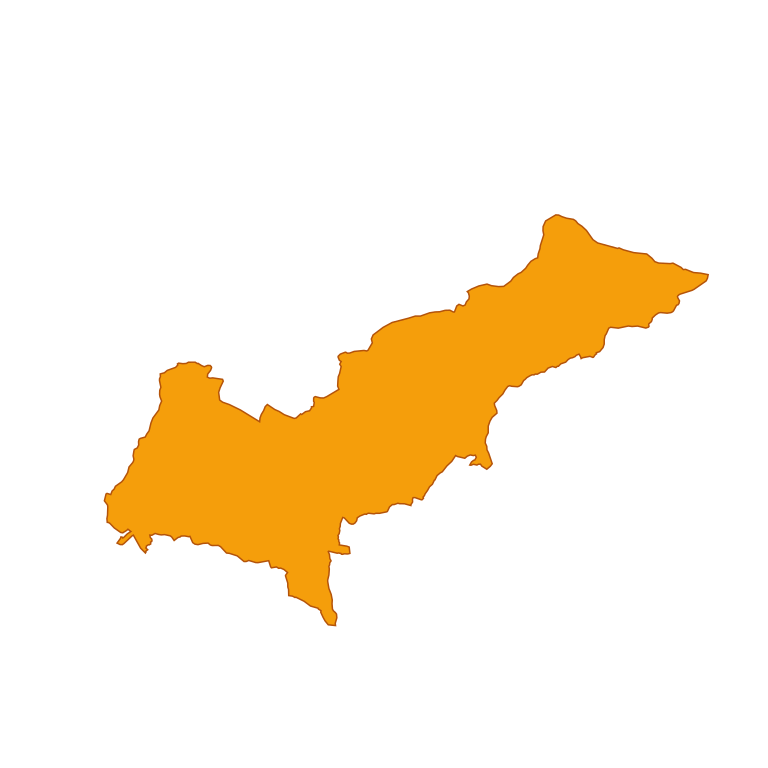 Tomesti, Hunedoara, Romania, rotated 41°
{"feature_id": "2599482B69537479715254", "entity_name": "Tomesti", "entity_type": "district", "adm_level": 2, "iso_a3": "ROU", "parent_name": "Romania", "parent_adm1": "Hunedoara", "projection": "robinson", "projection_center": [22.675, 46.258], "detail": "fine", "context": "isolated", "style": "filled", "palette": "amber", "viewbox_px": 768, "rotation_deg": 41, "n_neighbors": 0, "source": "geoboundaries", "source_scale": "gbopen_adm2", "svg_char_len": 6164}
<svg xmlns="http://www.w3.org/2000/svg" viewBox="0 0 768 768"><g transform="rotate(41 384 384)"><path d="M314.8,668.1L314.6,667.0L313.9,666.6L314.4,664.1L311.8,664.0L311.6,663.0L311.0,662.1L311.7,659.8L312.3,659.5L312.9,657.8L311.5,656.4L312.0,655.4L311.8,654.6L310.5,653.4L308.4,653.2L306.4,651.7L308.0,650.5L309.3,647.0L312.8,645.3L314.9,644.0L317.2,641.6L322.4,638.8L324.4,638.8L328.3,639.8L329.2,635.1L330.6,632.9L330.6,631.9L333.3,629.4L336.9,627.3L337.5,626.3L343.7,629.2L346.4,628.9L349.0,627.3L352.0,623.0L355.6,619.5L358.6,619.4L360.2,618.7L364.9,614.5L367.4,614.0L376.0,614.9L378.5,613.2L386.0,610.0L394.8,609.8L396.5,608.3L397.7,605.9L404.4,602.9L406.1,601.5L412.9,593.0L418.3,596.3L419.6,596.6L422.9,592.6L425.4,592.2L426.8,590.7L430.3,589.6L434.9,589.6L435.2,592.9L435.5,593.4L442.0,597.4L444.6,600.3L446.8,601.7L450.9,606.2L454.2,604.1L456.9,603.5L457.4,602.7L466.2,600.4L474.2,599.8L481.3,596.5L482.2,596.9L485.1,596.4L486.1,597.8L491.2,600.1L495.1,601.5L499.9,602.3L505.9,598.1L504.2,596.6L501.8,591.4L499.1,588.8L497.2,588.4L494.7,588.4L492.8,587.7L488.9,583.9L486.7,581.0L482.1,577.4L476.6,574.5L471.2,570.1L470.1,568.9L467.7,564.3L464.1,559.5L462.0,557.7L461.6,556.2L460.3,554.4L460.2,552.6L459.9,552.1L457.7,551.3L454.7,548.5L451.9,547.1L451.9,546.6L453.3,545.7L459.7,542.4L460.5,541.4L462.7,540.1L463.5,540.4L464.6,539.6L465.2,538.4L468.2,536.0L469.4,534.2L464.7,529.9L462.3,530.8L455.8,534.8L454.7,533.1L453.0,532.4L452.2,531.3L450.9,531.0L449.9,529.3L448.7,528.7L448.3,526.3L446.8,523.6L445.3,522.5L444.3,520.1L442.6,517.9L440.4,511.8L441.9,511.1L449.1,511.9L451.2,511.2L452.7,509.9L453.3,508.0L453.1,505.2L451.6,502.5L452.4,499.5L454.8,494.8L456.3,493.8L456.4,492.8L457.2,491.6L461.7,488.5L462.8,486.8L465.4,484.6L470.0,478.6L470.1,477.7L468.8,473.1L469.4,469.5L470.7,468.4L472.7,464.9L474.3,464.1L478.0,461.0L484.0,458.1L483.5,457.5L483.0,454.3L481.1,452.3L480.5,450.7L481.9,449.4L488.2,446.9L488.8,446.1L488.7,444.2L487.9,443.9L487.6,443.3L487.8,441.9L487.1,440.0L486.7,435.9L485.8,431.7L486.3,427.9L485.1,423.5L485.4,423.0L484.1,418.3L484.8,414.1L485.6,412.0L485.2,404.5L485.9,398.0L485.0,391.0L486.9,390.6L493.7,387.0L494.2,383.8L495.7,380.9L498.4,379.4L499.6,377.8L501.7,378.7L502.4,381.8L501.7,382.8L501.2,385.4L501.9,388.9L502.9,388.3L504.2,385.9L507.3,384.2L507.9,382.6L509.4,381.2L511.7,381.8L517.5,380.9L518.2,376.4L518.0,373.2L508.3,367.5L504.9,366.1L502.4,363.6L499.1,362.1L496.7,358.9L495.7,356.7L494.7,352.5L490.3,347.4L488.3,342.4L487.5,338.2L488.4,331.9L486.4,330.0L481.7,327.7L479.8,326.1L480.1,322.3L479.8,318.8L480.2,313.6L479.3,309.2L479.0,304.7L479.9,302.9L481.8,302.0L486.5,298.5L487.3,297.3L488.1,294.6L487.1,289.7L487.5,288.0L487.6,285.5L488.7,282.2L489.7,279.9L491.3,278.6L491.6,277.3L493.3,276.0L494.7,272.1L497.3,269.6L497.4,264.3L499.6,260.3L502.9,258.8L503.2,256.9L504.0,256.2L504.2,252.8L506.8,248.3L506.9,244.9L507.6,242.3L509.1,240.4L510.2,238.0L510.3,236.1L511.6,233.5L514.5,234.5L516.1,235.5L516.7,233.8L521.3,228.0L524.2,226.9L524.5,226.3L524.2,223.1L524.6,221.8L523.7,221.1L525.5,218.1L525.4,212.8L524.0,209.4L521.1,206.0L519.1,202.4L518.9,200.4L517.0,194.4L517.8,192.5L524.2,188.1L530.4,179.9L533.5,177.9L537.4,173.9L544.9,170.0L546.3,167.5L546.1,166.5L545.0,165.8L544.4,164.7L544.9,161.5L544.0,159.2L543.2,158.3L543.6,153.8L544.6,150.2L545.9,148.6L551.2,144.8L553.7,141.9L554.4,140.2L554.5,138.8L553.1,132.6L553.9,131.4L553.8,129.7L552.5,127.4L549.4,126.3L548.1,125.5L547.9,124.8L548.1,122.9L548.6,121.8L555.0,111.3L555.9,109.1L559.5,94.8L558.7,91.9L556.9,88.8L550.1,92.7L544.5,96.8L536.4,99.6L534.8,101.3L531.7,101.1L522.8,103.2L521.0,105.4L512.0,112.5L508.1,114.0L503.7,113.3L497.0,113.5L486.3,121.0L476.6,125.7L472.1,127.1L471.4,128.4L452.7,137.4L447.0,138.0L436.0,135.3L429.9,135.1L425.1,135.7L421.6,135.1L418.9,135.5L413.0,139.1L408.4,141.0L405.0,141.9L402.7,143.7L399.0,154.9L400.8,160.8L403.4,164.0L406.7,166.6L411.2,177.0L412.9,179.5L415.0,184.6L417.2,188.0L415.9,190.2L414.4,195.0L414.5,200.0L415.0,203.6L414.3,209.8L412.9,212.9L411.8,218.7L412.2,223.2L410.3,231.8L406.6,235.3L400.6,239.3L396.2,241.0L391.3,247.7L387.8,254.8L386.2,259.6L387.9,259.8L390.7,261.7L392.3,264.0L392.3,268.0L393.4,271.1L392.4,273.3L388.3,274.7L387.7,277.4L389.9,283.4L389.0,284.2L385.3,285.1L381.8,288.3L378.6,293.0L375.3,296.1L371.7,300.4L366.9,308.9L363.0,312.3L359.3,318.3L349.8,332.2L346.2,341.8L343.6,354.1L344.9,358.3L348.2,360.6L349.8,369.0L349.3,370.4L346.9,371.8L340.1,379.0L337.8,383.2L336.1,384.8L334.3,385.1L333.8,385.6L331.4,390.1L331.2,393.2L331.8,393.9L334.8,395.4L336.9,395.1L337.6,398.1L340.2,398.9L343.6,405.2L344.7,408.5L346.9,411.5L350.4,416.0L353.5,417.6L349.1,431.0L347.6,434.2L345.0,436.3L340.4,438.6L340.0,439.7L340.1,440.7L342.2,443.2L343.4,443.6L345.6,447.1L344.2,448.8L345.0,449.7L345.4,453.0L342.9,456.4L341.9,461.0L340.7,461.2L340.0,467.3L338.8,468.9L328.9,472.6L322.9,473.5L318.4,474.9L309.4,476.0L309.2,479.0L310.6,483.0L311.4,487.5L312.7,490.9L314.9,494.1L292.7,497.8L280.7,501.0L274.2,503.6L270.5,503.9L264.7,498.8L262.8,494.4L260.8,487.3L259.1,486.4L250.8,491.7L248.6,494.0L246.1,494.7L244.4,492.1L244.2,487.6L243.2,484.8L242.3,484.2L240.6,484.1L238.7,485.7L237.0,488.9L234.2,489.8L230.1,490.4L229.6,491.1L227.2,491.4L222.1,495.9L221.3,498.2L218.9,500.6L215.3,503.0L214.9,504.3L215.9,505.0L215.8,508.2L211.5,515.9L210.9,519.6L208.5,523.2L210.5,525.2L211.2,527.4L212.4,528.8L217.8,532.9L218.9,535.9L221.4,539.0L223.3,540.6L227.4,542.8L228.9,547.5L231.1,551.3L231.9,561.3L233.7,566.3L237.4,573.4L237.8,577.5L238.6,580.7L235.8,584.9L235.4,586.3L236.6,588.6L238.9,591.0L239.7,594.2L238.5,597.2L239.3,598.8L241.8,602.8L244.6,604.9L245.5,606.5L245.9,608.1L246.0,613.9L248.6,618.9L248.9,620.3L250.2,627.3L250.2,630.0L248.4,637.4L249.3,640.4L249.0,643.1L250.3,646.7L246.7,648.3L246.4,649.4L249.6,655.6L254.7,656.7L256.2,658.0L261.4,664.4L263.2,667.4L265.9,670.0L266.7,669.4L268.5,669.0L274.9,669.6L282.7,668.8L284.5,667.7L285.9,663.1L286.0,661.6L289.7,661.4L288.6,665.5L288.2,670.7L287.8,671.6L287.0,671.3L285.8,672.0L286.4,673.4L286.9,679.2L290.2,678.3L291.9,676.9L292.4,675.0L293.5,663.9L294.0,662.5L308.1,667.6L314.8,668.1Z" fill="#f59e0b" stroke="#b45309" stroke-width="1.5"/></g></svg>